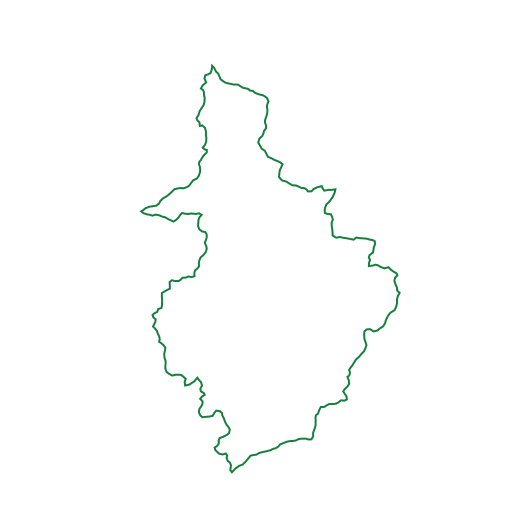 Oliveira, Minas Gerais, Brazil, rotated 249°
{"feature_id": "56859067B19683388883575", "entity_name": "Oliveira", "entity_type": "district", "adm_level": 2, "iso_a3": "BRA", "parent_name": "Brazil", "parent_adm1": "Minas Gerais", "projection": "orthographic", "projection_center": [-44.715, -20.754], "detail": "fine", "context": "isolated", "style": "outline", "palette": "green", "viewbox_px": 512, "rotation_deg": 249, "n_neighbors": 0, "source": "geoboundaries", "source_scale": "gbopen_adm2", "svg_char_len": 5267}
<svg xmlns="http://www.w3.org/2000/svg" viewBox="0 0 512 512"><g transform="rotate(249 256 256)"><path d="M244.3,337.5L247.7,334.9L251.2,336.1L255.0,337.1L257.5,337.6L260.3,338.7L262.4,340.8L265.0,341.1L268.1,340.9L269.5,338.0L271.4,335.8L274.0,336.4L276.3,337.8L279.1,340.4L280.1,343.2L281.3,345.3L283.5,348.6L285.5,350.7L287.7,352.7L289.8,354.0L290.8,349.7L291.8,347.4L292.5,343.2L294.9,342.5L297.7,342.4L298.2,337.4L297.9,333.8L296.5,330.9L297.7,327.6L299.9,327.1L301.9,325.6L303.3,322.7L305.6,320.6L307.5,318.7L308.7,315.7L311.4,313.3L314.6,311.0L317.3,307.3L321.5,305.8L325.1,307.6L327.8,309.1L329.5,311.0L332.2,313.7L334.9,312.0L337.2,309.8L339.2,307.5L341.7,305.5L344.3,302.7L347.7,302.3L350.9,302.0L354.3,299.7L357.8,299.3L361.1,298.7L364.4,301.3L365.7,304.7L367.7,306.8L369.9,308.3L371.5,311.0L374.5,312.2L377.5,312.2L379.7,313.2L382.5,315.6L385.3,317.7L388.3,319.0L391.6,319.7L393.6,320.9L395.8,323.1L399.8,322.8L403.3,320.4L405.1,317.7L406.6,315.9L408.4,313.8L411.4,312.2L412.6,309.6L414.8,308.6L416.3,306.4L417.7,304.1L420.0,302.4L422.5,300.6L424.1,296.5L426.0,293.7L427.5,291.3L429.0,289.4L431.1,287.9L433.6,286.3L437.0,286.2L439.8,286.1L442.4,284.8L446.7,284.3L449.3,283.2L446.1,281.6L443.2,279.3L442.7,276.3L443.0,273.6L440.2,271.5L435.9,271.7L434.3,267.1L432.1,264.6L429.5,266.2L427.2,266.0L425.0,265.1L422.1,264.8L418.5,263.2L415.9,261.4L413.7,258.4L411.4,255.3L408.3,252.9L405.9,249.8L403.4,249.9L401.2,251.1L397.5,250.2L397.2,252.6L394.1,254.3L389.8,253.8L386.9,252.6L384.1,252.0L380.3,250.3L377.8,247.9L376.3,245.1L374.2,246.0L372.5,248.1L370.2,247.0L368.9,243.8L367.2,241.1L365.4,238.9L364.0,236.6L362.0,235.6L359.6,235.6L356.7,234.9L354.1,233.6L351.2,231.1L349.5,228.6L349.2,224.5L347.5,221.7L346.0,219.5L345.2,217.2L345.1,214.5L345.3,212.1L346.5,210.0L347.1,207.2L347.6,203.8L346.1,200.5L345.2,198.1L343.9,194.7L343.2,190.1L341.7,186.5L339.7,184.3L338.7,181.1L339.4,177.5L340.2,174.4L340.2,169.9L339.4,167.6L338.8,164.8L336.2,166.4L333.9,169.2L332.4,171.9L330.8,173.7L330.6,177.0L328.6,180.4L326.5,182.4L324.6,185.2L322.3,186.9L320.1,189.0L317.7,191.4L318.5,194.8L319.9,197.8L321.4,199.8L322.6,202.5L320.6,205.4L319.4,208.2L318.9,210.8L317.8,213.0L316.7,215.2L316.3,218.1L313.8,219.9L312.4,217.0L310.1,215.1L307.8,214.1L304.5,212.6L301.2,212.7L298.2,214.5L296.6,217.2L293.9,217.7L291.1,216.7L289.1,215.1L286.6,212.9L282.9,213.1L280.4,212.6L277.4,210.3L275.6,206.9L274.6,203.9L272.1,201.4L269.3,199.9L266.8,199.1L265.4,196.9L264.4,194.0L262.4,192.4L259.2,191.3L259.4,188.4L261.0,185.8L261.0,182.7L262.0,179.6L261.0,177.4L260.3,175.0L261.6,171.5L263.5,168.8L262.6,166.0L259.1,164.9L256.4,163.9L256.0,159.7L255.1,154.8L251.7,153.5L248.8,152.7L245.9,151.5L243.7,150.6L241.4,149.1L241.5,145.7L239.2,143.7L238.9,140.6L238.1,138.3L235.5,138.2L232.9,139.6L230.3,138.3L228.7,136.3L227.0,134.6L224.4,135.8L221.5,136.7L218.6,136.5L215.7,136.8L212.8,136.3L210.6,134.8L208.7,136.2L205.8,137.8L202.9,138.5L200.7,137.4L198.8,136.0L196.8,134.9L193.5,134.1L190.0,133.9L187.4,132.8L185.3,131.7L182.7,130.9L179.5,131.1L177.4,132.4L174.4,134.9L173.9,138.5L173.0,140.9L171.9,143.4L168.9,145.2L166.5,146.4L164.1,144.3L160.5,143.4L159.8,147.6L160.5,150.6L161.0,153.4L162.2,155.5L163.4,157.6L160.5,158.4L157.8,159.5L154.2,159.1L152.1,156.5L149.4,156.0L147.0,158.1L144.7,158.3L144.2,155.2L142.6,152.7L139.5,154.0L137.2,153.1L135.4,151.1L133.5,148.3L130.5,146.7L126.9,146.9L124.7,148.3L123.8,151.6L122.9,154.5L122.3,158.3L124.6,161.0L125.9,163.5L124.1,166.6L121.5,168.0L119.3,167.4L116.4,167.8L112.9,167.7L109.2,168.0L106.6,168.9L103.5,169.4L100.3,167.4L99.4,164.3L99.0,160.7L99.1,156.9L96.9,154.9L94.3,154.1L92.7,151.8L91.9,148.7L89.4,148.5L87.1,149.5L84.5,150.9L82.7,153.6L82.4,157.0L80.1,157.6L78.1,156.2L74.7,156.2L72.7,157.5L69.8,157.7L67.7,156.6L65.4,155.3L62.7,156.0L64.9,160.5L66.1,165.0L66.1,168.9L67.7,172.5L69.8,176.3L71.6,179.5L71.0,182.5L70.4,185.5L71.0,188.2L70.7,191.1L70.3,193.6L69.9,196.2L69.5,199.5L69.8,202.9L69.5,205.5L70.1,208.5L71.5,211.1L71.5,214.5L71.6,218.0L71.0,221.5L70.2,223.9L69.5,226.8L69.8,230.1L69.0,233.5L67.5,237.3L65.9,239.2L65.0,242.0L67.0,244.7L70.4,245.9L73.0,248.2L75.0,249.9L76.9,251.1L79.3,252.0L81.5,252.9L83.8,253.6L85.8,254.9L86.7,257.5L89.3,259.6L91.8,262.4L90.6,265.7L91.2,268.2L91.6,271.3L90.3,274.5L89.5,277.6L89.7,280.1L90.8,283.6L89.3,286.6L89.5,289.4L92.7,290.2L95.7,289.4L98.3,288.9L100.1,291.4L101.4,294.6L103.3,297.2L106.6,298.1L110.3,298.0L111.2,300.4L113.5,302.0L116.4,302.2L118.0,304.5L119.6,307.1L121.6,309.7L123.5,312.2L125.1,316.3L127.0,319.7L128.3,322.7L130.8,325.2L133.0,327.1L136.6,327.4L139.9,327.5L143.2,328.6L146.7,330.1L147.8,332.9L146.9,336.2L143.4,338.8L143.0,342.8L143.9,345.3L144.8,349.5L146.9,352.3L149.7,354.4L152.8,357.7L154.9,361.2L155.8,366.0L158.5,368.7L161.4,370.8L165.2,372.1L167.9,374.3L170.1,376.9L173.1,375.4L175.9,376.3L179.1,376.1L183.2,376.3L185.9,378.1L187.3,381.1L189.7,380.9L192.1,378.8L195.0,376.9L198.0,375.7L198.5,371.4L201.2,368.4L203.6,366.5L205.0,364.6L205.2,361.6L206.2,357.8L209.0,359.0L211.5,361.1L214.0,360.7L216.1,362.3L217.4,366.6L221.6,368.9L224.3,371.3L227.1,372.2L229.1,370.6L230.3,368.4L232.4,365.7L234.1,362.3L235.5,359.1L237.3,356.2L236.3,352.9L238.5,349.5L240.5,346.2L242.0,343.5L243.6,341.3L244.3,337.5Z" fill="none" stroke="#15803d" stroke-width="2"/></g></svg>